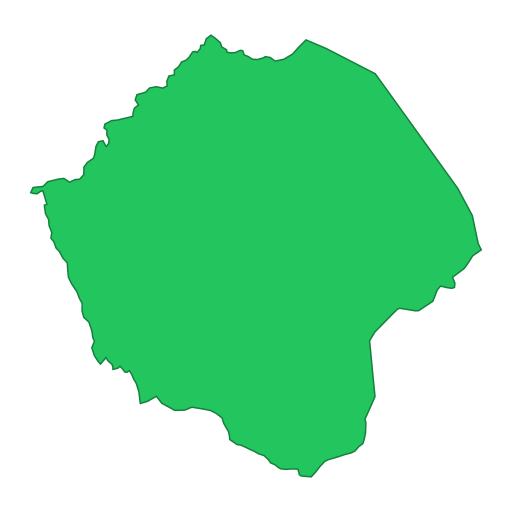 Vretsia, Paphos, Cyprus (Robinson projection)
{"feature_id": "46923920B56659599424200", "entity_name": "Vretsia", "entity_type": "district", "adm_level": 2, "iso_a3": "CYP", "parent_name": "Cyprus", "parent_adm1": "Paphos", "projection": "robinson", "projection_center": [32.659, 34.892], "detail": "fine", "context": "isolated", "style": "filled", "palette": "green", "viewbox_px": 512, "rotation_deg": 0, "n_neighbors": 0, "source": "geoboundaries", "source_scale": "gbopen_adm2", "svg_char_len": 2600}
<svg xmlns="http://www.w3.org/2000/svg" viewBox="0 0 512 512"><path d="M283.2,59.4L275.1,61.1L270.2,57.5L265.3,56.6L263.5,57.8L257.7,59.5L252.3,59.2L248.2,56.5L244.2,54.9L242.7,50.7L240.4,50.3L235.2,52.6L230.5,52.9L227.0,52.2L226.5,49.7L221.7,46.9L220.3,42.6L215.8,38.7L211.0,35.2L206.2,38.8L204.3,44.9L200.7,45.4L200.3,48.5L197.0,52.6L195.6,51.4L192.6,51.9L189.0,57.4L186.0,60.2L181.5,62.0L178.7,66.6L174.3,70.1L174.4,74.8L168.9,76.0L166.8,81.4L167.2,85.9L162.8,88.1L156.4,86.7L149.5,88.0L145.8,92.0L143.8,92.8L137.0,94.6L135.2,99.9L138.5,105.0L134.4,108.1L133.2,112.3L132.8,116.4L122.9,118.7L117.7,120.0L111.7,120.6L105.0,124.0L104.0,127.9L107.0,130.2L106.8,134.9L109.1,139.6L108.7,143.4L106.4,146.4L105.7,145.8L105.6,145.7L103.0,140.7L98.3,141.8L96.0,146.4L94.7,154.4L93.6,158.1L87.5,162.3L83.9,167.1L83.9,170.8L83.8,174.6L79.7,179.2L75.0,179.6L69.5,182.2L63.9,178.4L57.9,179.2L47.8,181.7L43.1,186.4L37.7,187.0L33.1,187.5L30.7,192.6L32.5,193.3L37.1,193.8L40.4,191.4L42.9,190.8L44.0,194.6L46.9,204.3L44.3,205.2L45.5,213.6L48.6,219.5L49.1,225.7L51.8,232.5L50.9,238.2L53.9,241.9L56.1,248.1L59.3,251.4L63.1,258.4L67.3,262.9L67.6,268.6L68.4,277.2L71.8,284.1L77.0,291.9L79.5,298.5L82.2,303.5L82.0,310.7L83.8,317.4L88.9,322.1L91.5,329.7L92.3,333.7L92.8,337.4L94.4,341.3L91.8,347.7L94.4,355.7L98.2,361.6L100.5,364.1L106.0,357.6L108.0,360.9L111.9,364.2L112.9,367.1L112.9,369.4L117.9,368.2L119.9,366.3L121.9,368.1L124.8,372.0L127.0,372.3L129.3,370.6L131.6,374.2L133.6,378.9L136.3,383.5L138.9,391.9L140.3,403.5L147.4,401.4L156.4,396.3L161.8,403.3L168.5,406.9L174.8,410.4L184.8,410.1L191.8,407.2L200.6,408.6L210.3,410.4L216.1,413.3L222.1,418.0L223.8,423.5L228.5,431.7L229.4,435.6L229.7,439.6L234.0,442.4L236.9,444.5L241.1,445.2L245.4,447.2L251.4,450.1L254.1,451.2L258.6,453.8L264.1,455.6L268.6,459.9L270.5,462.8L275.3,464.9L278.3,467.5L280.6,468.8L285.7,469.4L290.0,469.0L295.6,469.0L297.8,469.2L298.8,472.0L299.1,473.8L299.2,474.5L300.9,475.9L306.8,476.5L311.3,476.8L315.3,472.5L320.1,466.3L324.9,461.3L328.2,459.7L337.5,457.0L344.4,454.7L351.5,452.8L355.0,451.0L358.7,446.7L362.9,443.6L364.3,439.0L365.5,433.1L365.6,431.0L365.9,423.3L365.6,421.2L364.8,419.6L372.0,403.5L375.0,396.6L372.8,374.5L369.6,340.8L374.8,332.1L391.2,315.4L397.4,309.2L399.7,308.3L406.3,309.3L415.2,310.8L418.6,310.7L432.9,301.2L437.3,289.9L440.5,286.1L447.4,287.7L452.1,288.3L454.5,287.4L454.9,283.1L452.5,277.3L464.3,268.4L467.7,263.7L472.7,255.8L481.3,249.9L478.2,243.6L472.3,215.5L457.7,188.3L375.3,73.8L326.2,48.5L306.0,39.9L298.9,47.0L292.6,54.0L284.0,59.2L283.2,59.4Z" fill="#22c55e" stroke="#15803d" stroke-width="1.5"/></svg>